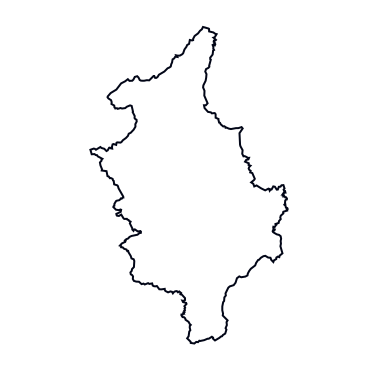 Yamethin, Mandalay, Myanmar (orthographic projection), rotated 244°
{"feature_id": "60261553B80519287808549", "entity_name": "Yamethin", "entity_type": "district", "adm_level": 2, "iso_a3": "MMR", "parent_name": "Myanmar", "parent_adm1": "Mandalay", "projection": "orthographic", "projection_center": [96.12, 20.484], "detail": "fine", "context": "isolated", "style": "outline", "palette": "ink", "viewbox_px": 384, "rotation_deg": 244, "n_neighbors": 0, "source": "geoboundaries", "source_scale": "gbopen_adm2", "svg_char_len": 6075}
<svg xmlns="http://www.w3.org/2000/svg" viewBox="0 0 384 384"><g transform="rotate(244 192 192)"><path d="M97.2,246.4L104.5,247.7L106.6,249.3L109.1,250.2L110.9,251.6L113.4,252.3L115.3,251.4L116.8,249.6L119.2,248.0L120.4,247.3L121.4,247.3L122.1,248.1L121.5,248.1L121.4,249.3L121.7,249.6L121.8,249.0L122.2,248.7L123.6,249.6L124.2,249.3L125.1,249.9L124.3,251.0L125.4,252.9L126.0,252.9L125.9,253.4L126.6,253.3L126.2,256.3L127.7,257.4L128.8,259.9L130.3,260.1L131.8,261.4L132.7,264.7L133.9,265.0L134.2,265.5L133.6,269.3L134.4,269.4L134.3,270.1L134.7,270.5L135.6,269.9L136.0,270.4L137.0,269.6L139.5,270.2L139.8,269.5L140.2,269.5L140.3,270.6L141.4,270.8L143.5,272.1L144.0,273.4L143.8,274.0L144.6,274.5L146.2,274.1L146.4,273.4L148.2,273.1L148.1,272.5L148.7,272.8L148.9,272.3L149.8,273.2L150.1,272.3L151.2,274.3L150.5,275.7L151.9,276.0L152.0,275.2L154.0,275.4L154.6,276.7L158.1,277.2L158.8,275.4L158.0,273.9L158.6,272.3L156.6,270.2L157.0,269.2L160.4,268.8L161.4,267.5L159.4,264.7L159.5,263.1L159.1,262.4L160.0,262.5L160.5,263.2L161.5,262.2L161.4,258.5L164.9,255.8L169.6,252.9L169.7,250.4L172.5,250.7L174.7,249.4L175.6,253.1L176.3,254.2L182.6,254.5L184.1,252.9L185.3,254.0L186.8,253.2L188.2,253.2L189.3,254.2L190.0,256.1L191.5,254.7L192.9,255.6L196.0,253.0L197.1,254.8L196.6,257.0L197.7,258.2L198.2,257.0L199.4,256.5L201.2,255.0L201.5,253.9L204.3,253.9L207.4,255.8L211.9,255.6L213.4,255.9L224.1,260.5L226.9,265.4L228.6,265.0L229.1,261.6L230.1,259.6L231.5,254.6L232.8,252.9L234.7,251.3L235.0,250.4L235.6,250.6L236.9,249.9L237.2,248.8L240.2,247.5L241.9,247.5L242.5,246.8L245.3,247.4L246.0,247.8L248.4,245.8L251.5,247.3L252.6,247.2L253.1,246.8L254.0,244.3L255.3,243.9L257.0,241.5L261.9,240.1L264.7,240.8L263.9,242.5L264.9,244.9L273.2,245.3L277.5,247.6L281.1,247.8L282.9,249.0L286.0,253.0L288.6,254.9L291.6,256.7L294.4,256.7L296.3,258.5L296.4,261.2L297.0,262.5L298.0,262.8L302.7,266.9L303.3,266.6L304.7,267.2L306.5,270.8L309.9,273.0L310.0,274.1L311.6,274.0L313.0,274.8L315.1,275.0L315.1,275.8L313.8,276.8L314.4,277.5L315.5,277.0L315.8,277.9L317.5,277.3L318.4,278.0L317.9,279.3L318.2,280.2L321.3,279.0L321.1,280.2L323.1,283.3L324.2,282.1L326.0,281.2L328.8,277.8L331.1,278.8L331.6,278.6L335.5,274.2L333.9,272.2L333.4,269.9L331.9,267.0L331.1,262.8L329.2,260.2L328.0,259.6L328.2,258.5L329.6,256.7L326.4,254.3L326.2,252.0L325.0,250.7L323.4,247.7L320.6,244.9L320.1,243.6L319.9,241.0L320.7,239.1L321.7,237.8L319.9,237.9L321.0,236.3L319.9,234.6L319.7,232.7L317.1,230.8L316.0,229.4L314.1,227.9L313.8,226.3L313.9,224.3L312.4,220.0L311.9,213.7L310.5,211.5L310.2,210.0L310.7,208.9L312.8,208.9L313.1,208.3L311.1,202.5L312.3,200.4L313.0,197.7L313.7,196.3L314.5,194.9L315.6,194.1L318.4,194.1L320.1,193.5L320.5,191.0L318.7,188.6L318.2,187.1L319.3,184.5L321.5,183.8L320.8,180.4L320.7,175.9L317.2,168.9L316.6,162.3L314.8,158.1L314.1,157.6L312.7,157.9L310.0,159.5L308.0,159.2L306.4,158.2L303.8,160.0L302.0,159.4L301.2,159.8L300.7,159.7L300.2,161.3L299.3,161.7L298.8,164.6L297.7,165.7L296.7,168.7L297.2,170.9L297.0,174.3L295.8,175.5L290.1,174.2L289.8,173.7L285.4,173.8L283.7,172.8L282.5,173.0L281.3,173.8L279.6,173.2L277.8,170.8L275.5,169.8L273.6,166.9L272.1,162.9L272.1,160.7L270.5,159.0L269.5,156.3L268.8,152.5L267.9,150.7L267.7,149.5L269.4,146.5L269.3,145.7L267.6,144.5L269.5,142.5L269.6,141.5L267.6,139.8L266.0,139.3L266.8,138.2L267.9,137.6L268.1,136.9L266.4,134.5L266.3,133.1L269.3,132.1L271.3,129.9L272.6,129.4L272.1,124.2L273.4,123.6L274.1,122.7L274.5,119.2L269.9,118.4L268.8,121.0L267.5,121.6L266.7,122.8L265.4,122.9L261.1,126.0L260.8,124.9L259.8,124.4L258.9,122.2L256.1,121.4L251.9,121.1L250.9,120.3L248.2,124.3L243.3,123.0L242.5,123.9L240.4,124.3L240.2,125.1L238.6,126.4L237.0,126.1L236.3,126.5L233.0,125.4L230.7,127.8L229.7,128.0L227.5,127.6L218.0,128.2L217.2,127.9L217.4,127.5L216.8,125.9L217.4,125.4L216.5,123.2L217.2,120.4L217.1,119.7L215.3,117.0L213.7,116.2L213.7,115.5L213.0,114.7L209.4,115.9L207.6,118.6L207.7,119.9L207.1,120.5L205.4,119.2L205.5,114.4L204.4,114.1L203.6,114.2L202.5,115.8L202.7,118.5L198.4,118.9L197.5,119.3L196.4,121.7L195.5,121.8L194.7,122.7L193.6,122.8L192.3,123.8L191.1,122.4L185.6,122.4L184.4,121.9L182.8,122.4L183.7,123.5L183.5,124.2L180.3,126.0L179.5,128.5L178.7,128.7L177.7,128.1L178.1,126.7L177.5,124.3L179.0,118.3L179.0,116.1L178.2,114.2L178.4,112.2L177.4,111.1L178.0,111.1L178.0,110.7L177.8,110.2L176.5,109.9L176.5,106.4L175.4,103.7L174.6,104.5L173.5,104.6L173.3,104.3L172.5,105.5L170.7,106.1L169.0,107.9L167.3,107.9L167.0,108.8L165.8,108.5L161.4,108.9L158.8,108.5L157.1,110.1L155.3,109.9L150.0,106.9L149.0,104.3L147.5,103.2L146.7,101.4L144.8,100.9L143.5,101.8L142.0,102.0L139.8,100.7L137.6,100.8L135.9,102.6L134.6,105.0L131.3,106.3L130.9,108.3L129.6,109.0L129.3,112.6L128.1,113.3L127.3,116.1L125.1,115.7L124.0,116.5L123.2,117.8L122.9,119.2L118.9,120.0L117.9,121.8L116.9,125.0L115.8,124.6L114.7,124.7L112.3,126.5L112.1,129.0L111.0,130.3L109.3,130.4L110.0,131.8L110.1,133.4L109.6,134.9L108.0,135.4L108.2,136.9L106.1,137.9L105.1,136.0L105.1,137.6L99.7,139.2L98.0,138.4L97.9,136.4L98.5,135.7L97.0,135.7L94.9,138.1L93.8,138.0L92.7,135.1L90.9,135.1L90.4,134.1L88.9,133.9L88.6,132.8L87.4,132.7L87.4,131.8L86.6,131.6L87.2,131.2L86.0,130.2L86.5,128.8L85.7,128.4L83.7,128.7L83.0,129.9L81.4,130.5L80.0,130.2L76.8,132.0L74.4,132.1L73.1,132.6L72.7,131.4L71.1,130.5L68.5,129.9L67.8,128.4L63.8,125.7L62.6,123.5L58.1,125.1L56.9,124.7L54.8,127.7L55.4,130.1L54.4,131.6L55.1,133.4L54.5,134.1L53.5,138.0L53.3,141.6L52.8,142.8L53.2,146.4L51.9,147.1L51.3,146.6L50.6,146.7L48.5,147.6L48.9,152.6L49.4,154.7L49.2,155.8L49.9,157.1L50.2,159.8L53.2,162.6L54.9,162.5L57.1,165.0L59.9,166.0L61.0,167.7L67.5,165.5L69.1,166.6L72.5,167.4L75.9,169.1L79.3,171.7L80.0,173.1L83.1,174.9L84.1,177.0L86.2,177.7L90.1,182.7L90.6,184.6L90.0,188.6L91.4,191.4L94.8,194.6L95.4,197.5L93.8,198.9L92.6,202.9L92.7,205.3L94.2,206.4L95.9,208.7L97.2,211.2L98.3,216.6L100.2,218.6L101.9,221.6L101.7,222.5L102.7,225.1L103.0,228.0L102.5,229.9L99.7,231.7L98.5,233.7L96.2,233.5L93.4,234.4L94.6,235.7L94.8,238.3L96.1,239.1L96.3,240.8L95.2,241.9L96.4,242.9L97.2,246.4Z" fill="none" stroke="#020617" stroke-width="2"/></g></svg>